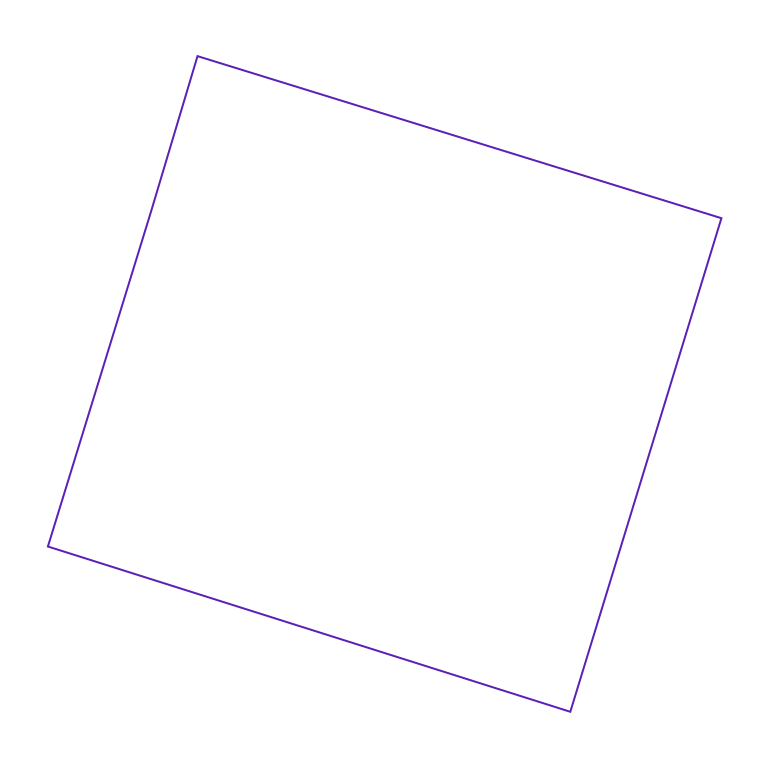 outline of Randall, Texas, United States of America, rotated 107°
{"feature_id": "52423323B97563616401050", "entity_name": "Randall", "entity_type": "district", "adm_level": 2, "iso_a3": "USA", "parent_name": "United States of America", "parent_adm1": "Texas", "projection": "equal_earth", "projection_center": [-101.931, 34.965], "detail": "fine", "context": "isolated", "style": "outline", "palette": "violet", "viewbox_px": 768, "rotation_deg": 107, "n_neighbors": 0, "source": "geoboundaries", "source_scale": "gbopen_adm2", "svg_char_len": 238}
<svg xmlns="http://www.w3.org/2000/svg" viewBox="0 0 768 768"><g transform="rotate(107 384 384)"><path d="M286.8,657.2L637.7,657.9L643.0,110.0L126.8,109.8L125.0,658.2L286.8,657.2Z" fill="none" stroke="#5b21b6" stroke-width="2"/></g></svg>